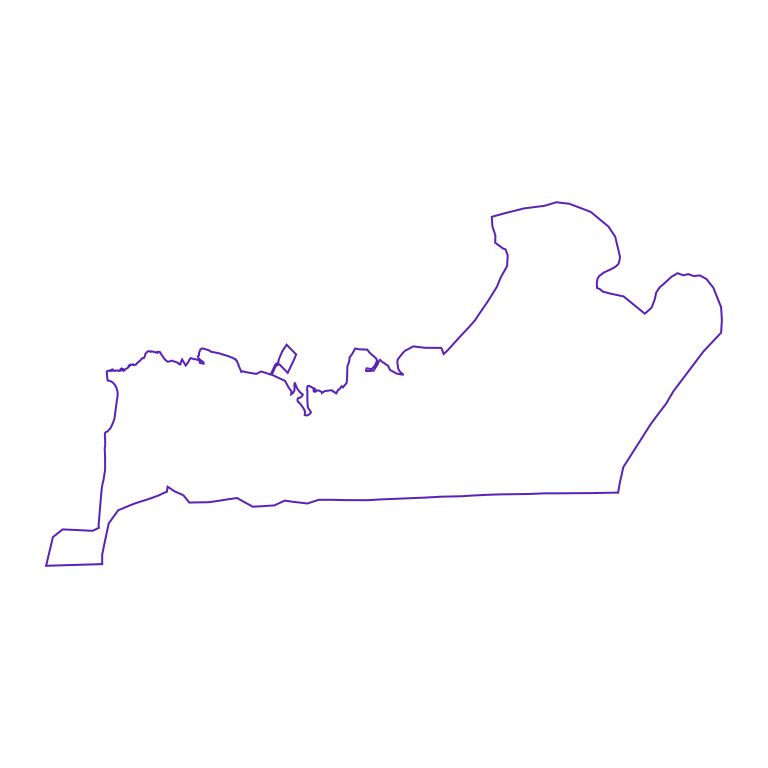 outline of Eti Osa, Lagos, Nigeria
{"feature_id": "59680162B38204256572023", "entity_name": "Eti Osa", "entity_type": "district", "adm_level": 2, "iso_a3": "NGA", "parent_name": "Nigeria", "parent_adm1": "Lagos", "projection": "equal_earth", "projection_center": [3.482, 6.457], "detail": "fine", "context": "isolated", "style": "outline", "palette": "violet", "viewbox_px": 768, "rotation_deg": 0, "n_neighbors": 0, "source": "geoboundaries", "source_scale": "gbopen_adm2", "svg_char_len": 5507}
<svg xmlns="http://www.w3.org/2000/svg" viewBox="0 0 768 768"><path d="M105.1,439.1L105.2,445.8L104.7,448.0L105.0,454.9L105.1,459.7L105.1,470.1L104.6,472.9L103.5,479.9L102.4,484.6L101.8,488.0L101.2,494.2L100.6,501.2L99.8,510.7L99.6,513.5L98.6,524.8L98.9,527.8L92.6,530.8L62.7,529.4L52.9,537.1L46.1,565.8L102.2,564.1L102.2,557.3L102.2,554.5L102.7,552.1L104.5,543.2L106.9,532.0L108.8,523.2L110.1,521.5L115.5,514.0L118.2,510.3L121.5,508.9L126.3,506.9L128.4,506.0L134.7,503.5L140.8,501.5L147.6,499.4L152.8,497.6L159.0,495.3L163.5,493.1L166.9,491.7L167.6,486.7L174.8,491.5L175.6,491.8L177.3,492.5L183.4,495.3L188.3,501.3L189.3,502.6L196.1,502.4L204.5,502.3L209.1,502.2L219.9,500.6L228.7,499.2L230.3,499.0L237.0,498.0L252.7,506.7L260.7,506.3L274.4,505.4L284.7,500.6L291.4,501.6L307.4,503.5L318.4,499.9L320.3,499.8L331.1,499.8L346.0,500.1L365.0,500.2L371.4,500.0L380.9,499.4L425.0,497.6L440.7,496.7L462.8,496.2L469.6,495.7L487.6,494.8L499.4,494.4L528.2,494.0L545.2,493.3L560.7,493.3L590.8,493.1L617.2,492.6L618.1,492.7L619.8,483.0L623.3,467.2L650.6,424.3L657.7,414.7L666.1,403.7L673.3,391.4L703.4,351.5L721.1,332.7L721.9,320.0L721.1,307.2L713.3,287.6L706.4,279.0L702.9,277.1L700.0,275.4L693.8,276.1L688.3,274.1L683.4,275.3L677.5,273.2L671.2,277.0L664.2,283.5L659.8,287.2L656.2,292.5L654.9,298.9L651.7,307.5L644.8,313.7L626.9,299.1L623.6,296.4L610.7,293.7L602.8,291.6L599.8,289.1L597.0,287.9L597.0,286.4L596.8,282.8L597.4,279.2L599.0,276.2L603.7,272.6L611.6,268.9L615.7,266.7L618.6,263.7L619.8,258.9L619.9,256.3L615.2,236.7L608.5,226.6L590.7,211.9L569.2,203.7L562.3,203.0L556.5,202.2L544.5,205.8L533.6,207.2L524.0,208.4L504.5,213.3L491.8,216.8L492.4,226.3L495.4,235.5L495.2,242.7L503.2,248.6L505.6,249.4L507.7,255.5L507.1,266.0L500.7,277.5L496.8,287.0L487.9,301.2L478.0,315.7L475.2,320.1L468.2,328.0L459.4,337.3L448.2,349.7L445.9,352.0L443.6,354.0L442.0,349.3L441.2,347.9L425.0,347.8L413.3,346.4L404.8,350.9L403.1,352.7L397.7,359.4L397.3,362.1L398.2,368.5L399.2,370.8L401.2,372.9L403.6,374.8L397.0,373.7L390.2,370.1L387.9,365.5L386.0,364.6L384.4,363.1L382.7,362.4L380.0,359.8L378.6,361.8L377.5,364.6L375.0,368.3L373.7,370.7L368.5,371.0L366.1,371.0L366.1,369.6L366.7,368.3L368.5,368.6L371.5,369.1L374.4,366.3L375.8,363.8L377.0,360.6L376.3,358.7L373.6,356.1L369.9,353.0L367.2,349.6L359.0,349.3L355.2,348.5L352.0,354.3L349.5,357.5L349.5,359.3L348.9,362.6L347.4,366.1L347.1,377.8L346.7,382.8L342.9,387.4L341.6,386.3L339.6,389.0L338.1,389.9L336.6,392.7L336.2,393.4L334.1,391.8L333.1,391.6L332.3,390.4L330.1,390.4L324.8,391.1L321.9,393.0L321.8,392.0L318.5,390.4L317.1,390.5L316.1,391.3L315.0,391.8L314.0,391.6L313.6,390.9L313.5,390.2L314.6,390.1L315.4,389.9L315.0,389.0L314.3,388.3L312.8,388.0L311.1,386.9L308.9,385.8L307.8,386.0L307.3,386.8L307.3,388.5L307.0,389.9L307.5,391.6L307.3,393.9L307.4,401.1L307.8,407.3L311.0,412.2L309.7,414.1L307.6,415.3L305.9,415.4L304.7,415.0L305.0,412.6L304.7,410.5L303.8,408.9L301.2,405.0L299.2,402.6L298.3,402.2L297.7,401.2L297.5,399.9L297.7,398.7L298.5,397.8L299.6,397.9L300.8,397.2L302.0,396.1L302.8,394.6L300.1,392.3L297.9,389.6L296.4,386.9L295.6,384.8L295.3,383.7L294.9,383.2L294.4,383.8L294.5,387.8L294.5,390.4L293.6,392.1L292.5,393.4L291.1,394.3L291.3,393.2L291.5,391.5L288.5,387.3L285.1,380.9L272.0,374.8L272.2,373.5L273.3,371.6L274.3,368.8L275.5,366.6L276.5,365.4L279.4,364.3L287.7,372.9L293.9,359.9L295.0,357.5L295.6,355.7L296.2,354.5L286.6,344.7L282.2,351.5L279.6,357.5L278.5,360.6L278.5,361.9L277.4,363.1L275.5,364.4L270.6,374.6L266.4,373.1L261.2,371.5L256.3,373.9L248.4,372.6L242.4,371.3L241.3,371.9L241.0,371.0L239.1,366.7L238.4,365.1L238.5,364.4L237.3,362.3L236.7,360.5L235.7,360.0L235.5,359.1L233.5,358.6L232.7,357.7L231.3,357.4L228.8,356.3L224.4,355.0L218.7,353.2L214.1,352.3L211.1,351.8L208.9,350.3L206.3,349.5L203.4,348.6L202.8,348.4L202.4,348.7L201.5,348.6L200.3,349.7L199.7,351.3L199.1,352.8L199.0,353.7L199.1,355.1L197.8,356.5L198.4,357.9L199.7,359.4L201.8,361.1L202.6,361.6L203.5,362.4L203.6,363.6L200.0,363.0L199.9,361.9L199.1,360.4L194.8,359.0L194.0,359.3L193.1,358.8L190.6,358.1L189.4,359.8L187.7,363.0L185.7,365.5L182.1,359.5L180.7,362.6L180.5,364.3L179.2,364.3L177.9,362.8L171.7,360.6L169.8,361.4L167.5,361.7L164.6,359.2L162.4,355.9L160.4,353.3L160.5,352.5L158.8,351.7L158.2,352.0L157.2,352.0L157.2,352.8L151.6,351.3L150.7,351.9L149.9,351.5L148.6,351.0L147.0,352.0L145.3,354.0L145.2,354.8L144.9,356.0L144.3,357.2L143.7,358.2L142.6,358.1L141.2,359.2L140.2,360.6L138.7,361.7L138.4,362.2L137.9,362.4L136.8,363.5L136.2,364.4L135.3,364.9L134.2,364.9L133.6,365.0L133.4,364.4L132.2,364.5L131.3,364.9L131.1,364.8L130.6,364.6L130.4,365.1L129.9,365.6L129.6,365.1L129.0,365.5L128.5,366.2L128.8,366.8L127.9,367.7L127.0,368.3L125.3,369.3L124.0,370.0L124.2,370.6L123.5,370.8L123.1,370.4L123.0,369.8L123.0,369.0L122.3,368.8L122.0,369.4L121.9,370.0L121.4,370.3L121.4,369.6L121.1,368.7L120.6,369.1L120.4,370.0L119.9,370.2L119.5,370.6L119.0,371.0L118.6,370.7L117.9,370.5L115.6,370.5L115.3,370.8L113.7,370.8L113.6,370.4L113.1,369.9L112.9,369.5L112.4,369.5L112.4,369.8L112.1,370.3L111.8,370.8L111.5,370.8L111.2,370.4L111.0,370.7L110.5,370.9L110.4,370.6L110.0,370.4L109.8,370.8L107.6,370.9L106.8,371.5L106.8,372.6L107.0,374.0L107.1,376.5L107.3,378.0L107.4,379.0L107.6,379.6L107.6,380.5L109.3,380.8L111.2,381.5L112.7,382.4L114.5,384.4L116.3,387.3L116.9,389.4L117.6,392.0L117.7,394.8L116.8,401.2L115.8,408.3L115.0,414.5L114.6,418.0L113.8,420.6L112.6,423.7L110.6,428.0L107.6,431.3L105.5,432.3L105.2,432.7L104.8,434.6L105.1,439.1Z" fill="none" stroke="#5b21b6" stroke-width="2"/></svg>